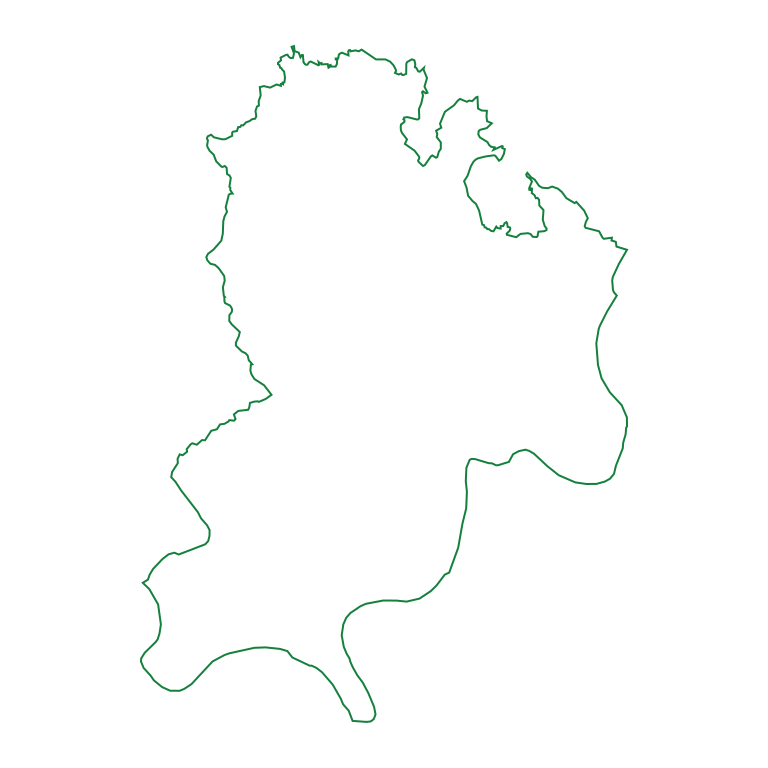 Narayanganj, Dhaka, Bangladesh (Natural Earth projection)
{"feature_id": "16705992B28796010313895", "entity_name": "Narayanganj", "entity_type": "district", "adm_level": 2, "iso_a3": "BGD", "parent_name": "Bangladesh", "parent_adm1": "Dhaka", "projection": "natural_earth1", "projection_center": [90.594, 23.715], "detail": "fine", "context": "isolated", "style": "outline", "palette": "green", "viewbox_px": 768, "rotation_deg": 0, "n_neighbors": 0, "source": "geoboundaries", "source_scale": "gbopen_adm2", "svg_char_len": 6025}
<svg xmlns="http://www.w3.org/2000/svg" viewBox="0 0 768 768"><path d="M616.8,295.6L614.0,292.4L613.0,290.0L612.2,280.6L612.8,277.0L618.9,263.9L627.0,249.8L616.5,246.6L615.8,241.8L611.5,240.5L611.9,237.7L603.8,238.8L602.4,237.5L599.1,231.3L585.6,227.8L584.7,226.3L585.9,221.8L587.8,218.2L584.2,210.7L576.3,201.9L574.6,203.1L566.3,198.1L562.0,192.1L557.8,188.6L552.1,186.6L547.9,188.2L542.1,187.7L539.0,185.8L534.7,179.6L531.2,177.4L527.3,172.8L526.2,174.5L526.9,176.4L530.0,178.7L532.0,181.4L529.2,188.1L529.3,189.8L530.4,190.0L531.2,188.4L532.0,188.6L531.8,193.1L534.5,195.1L535.8,198.2L537.5,197.9L539.1,199.8L539.3,205.5L543.5,210.1L542.8,219.7L544.7,226.1L546.6,228.5L546.5,230.1L544.2,231.2L538.4,231.7L537.5,236.3L536.8,237.0L532.8,236.8L530.5,234.0L527.9,233.2L520.5,233.9L516.2,237.2L506.9,234.8L506.7,233.6L509.8,230.6L510.3,228.5L509.9,227.4L507.7,227.0L507.1,223.2L506.4,222.1L504.5,223.4L503.3,226.0L500.7,226.1L500.6,228.6L497.4,228.0L496.3,226.6L493.5,231.3L491.1,230.9L488.9,229.1L487.2,229.1L486.3,227.7L484.6,227.3L484.1,225.2L482.3,224.6L479.1,210.6L476.0,203.9L472.5,201.0L468.1,195.7L466.5,187.4L464.1,181.2L467.5,175.9L470.9,166.2L473.5,161.7L475.4,159.8L477.8,158.4L485.3,156.5L493.7,155.3L495.4,155.8L499.0,160.7L501.4,159.0L503.9,153.9L504.8,149.1L502.3,148.1L502.7,146.4L502.0,146.0L493.4,149.9L494.7,147.4L491.2,146.8L489.1,145.0L487.5,142.1L479.8,137.3L478.3,134.3L478.7,131.0L480.2,129.8L486.7,128.1L491.8,123.3L487.1,121.2L486.5,116.7L486.9,110.8L481.6,110.5L478.0,108.5L477.5,96.9L476.1,97.3L472.3,101.1L469.2,100.6L466.8,101.8L460.0,98.9L457.6,100.8L454.1,105.2L444.9,111.8L440.0,123.7L441.3,127.7L436.1,130.7L437.3,134.1L436.7,137.0L440.8,142.4L440.8,148.8L438.8,151.8L437.2,157.2L436.0,157.7L432.3,155.4L430.8,156.5L424.8,165.1L423.0,166.0L418.5,161.7L418.1,160.5L419.3,158.3L419.2,156.8L414.6,150.7L404.9,143.9L407.0,139.4L402.0,132.9L400.9,130.2L400.7,126.8L401.0,124.5L404.4,121.9L404.5,120.1L403.4,119.3L404.1,117.6L407.4,117.1L416.9,119.5L418.4,119.3L419.3,118.0L418.9,109.2L421.3,103.4L423.0,95.7L422.1,92.1L423.0,91.3L425.7,93.3L427.5,92.7L424.5,86.7L427.0,78.0L423.5,69.5L423.9,67.8L419.8,71.7L418.2,71.4L416.2,67.7L414.9,67.2L415.3,64.1L414.4,60.3L412.0,59.3L407.0,62.1L406.3,63.9L406.2,73.8L403.3,75.1L402.2,74.9L401.1,73.5L398.7,74.5L395.0,72.9L396.0,71.0L395.7,69.4L393.5,65.3L390.2,61.7L385.5,59.4L376.0,59.4L361.6,49.6L358.7,51.3L355.6,50.4L350.6,51.3L350.1,50.1L349.0,50.2L348.2,51.4L348.5,55.4L342.0,52.7L340.6,53.2L338.9,54.5L338.2,58.4L335.7,58.5L335.7,59.4L337.2,60.1L336.9,64.0L335.6,66.6L331.0,66.5L330.6,64.9L329.9,65.1L329.9,66.8L328.5,67.7L327.7,64.1L321.6,64.4L321.5,63.0L320.2,63.4L318.6,62.0L319.2,64.7L318.5,65.3L310.7,61.5L309.1,62.2L307.4,64.7L306.3,64.8L305.0,64.2L303.5,62.2L302.9,55.1L301.9,55.0L300.5,57.3L298.7,52.6L294.6,51.2L294.0,46.1L291.6,46.8L294.0,53.3L293.0,57.8L290.7,58.1L288.8,56.8L287.5,54.7L286.0,54.9L280.6,57.6L281.0,60.4L278.0,62.8L278.0,64.2L279.4,65.1L280.2,67.8L281.6,68.3L282.0,69.5L284.1,71.5L285.0,77.6L284.4,82.4L282.9,82.5L283.0,84.2L281.8,83.5L280.8,84.0L280.9,85.8L276.6,84.5L270.1,87.6L263.9,86.1L259.8,87.1L260.7,95.4L258.7,101.1L258.9,105.6L257.0,106.5L255.5,110.9L256.3,116.4L255.1,118.7L252.1,119.2L249.5,121.1L246.1,122.3L243.2,125.4L241.4,125.2L240.3,126.9L238.2,127.1L236.9,131.1L233.2,131.6L232.2,132.5L232.2,135.8L225.4,139.2L222.0,139.3L213.9,137.3L211.1,134.7L207.7,136.4L206.9,138.4L207.9,140.4L207.1,145.5L207.6,147.3L209.7,150.9L213.6,154.6L216.2,161.3L221.2,166.5L222.4,167.0L224.8,166.0L226.6,167.7L227.1,174.1L229.5,175.5L230.8,177.9L229.4,186.8L230.3,187.7L230.2,189.9L232.6,193.6L230.4,193.7L228.8,194.7L226.1,205.7L225.7,207.3L227.0,211.8L224.5,216.5L223.3,221.1L222.8,233.7L221.3,240.7L213.5,249.6L208.0,253.8L206.3,257.1L207.4,260.4L210.3,263.7L215.0,264.9L218.7,268.2L224.2,276.0L224.7,280.7L222.9,287.1L223.8,295.9L225.0,297.1L224.3,297.6L224.5,301.6L225.1,303.1L230.1,305.6L231.8,308.4L232.1,310.2L231.7,312.1L229.4,315.1L229.3,321.0L231.8,324.4L239.8,332.0L238.8,336.3L235.9,342.6L235.9,345.6L241.9,351.5L245.5,353.2L247.7,355.6L248.8,360.3L252.3,364.3L250.9,364.6L250.4,370.7L251.5,374.4L254.4,379.0L264.1,385.3L271.5,394.8L265.6,399.0L258.8,401.9L257.7,401.3L254.3,401.6L250.0,402.9L249.2,407.7L248.1,409.8L238.3,410.9L233.9,414.4L235.5,419.1L234.0,420.7L229.3,420.1L228.6,421.4L224.5,423.8L220.0,424.4L217.0,429.2L211.2,430.8L205.0,440.3L202.0,440.1L196.8,444.7L192.3,443.3L190.6,444.4L186.7,449.2L187.1,451.7L182.7,455.2L179.7,454.4L177.6,458.7L177.8,463.2L172.1,472.0L171.2,477.2L175.4,481.7L181.3,490.7L197.9,512.2L201.0,518.3L207.1,525.3L209.6,530.1L209.5,535.9L208.2,541.1L205.2,544.3L178.7,554.5L174.4,552.7L168.6,554.3L162.4,559.1L153.1,568.9L149.6,574.8L148.0,579.6L142.8,582.8L149.3,589.1L158.1,604.4L160.9,624.4L159.5,633.5L157.7,639.3L155.5,642.2L144.7,652.8L141.2,658.4L141.0,661.5L143.6,667.9L150.7,675.7L153.8,680.3L162.0,687.0L170.1,690.7L179.5,690.8L184.0,689.0L191.4,684.2L212.6,661.4L224.6,655.0L229.4,653.3L254.4,647.8L265.6,647.4L280.0,648.9L287.4,651.1L292.4,657.5L309.7,665.7L311.7,665.7L316.4,667.9L322.1,672.3L332.7,684.6L340.8,698.7L343.1,704.3L348.7,710.7L352.6,720.9L366.5,721.9L370.4,721.5L372.1,720.5L373.9,718.8L375.5,714.4L374.1,706.9L368.2,692.8L362.7,682.5L357.4,675.4L353.0,667.7L350.5,662.2L349.4,658.2L346.8,654.0L343.8,646.9L341.7,635.3L343.3,624.5L346.2,617.8L350.4,613.0L360.5,606.2L365.9,603.8L383.3,600.5L396.5,600.6L406.6,601.6L419.5,598.6L430.9,591.0L436.6,585.4L444.8,574.6L449.2,572.6L458.2,547.7L462.5,523.4L466.2,508.4L466.9,491.8L465.8,481.1L466.4,467.8L469.7,459.8L471.7,458.9L475.2,459.1L488.8,463.2L491.8,463.3L496.2,465.3L498.2,465.2L508.9,461.9L513.1,454.2L518.9,451.1L525.5,449.7L529.2,450.9L534.0,453.7L547.4,466.2L558.7,475.2L575.3,482.4L586.4,484.0L596.5,483.9L604.8,481.6L610.0,478.7L614.0,473.9L615.9,465.8L622.8,448.2L623.2,442.7L625.6,434.4L626.2,427.7L627.0,426.4L626.9,417.4L621.7,405.2L609.9,392.4L601.6,378.4L598.0,365.0L596.3,343.3L598.7,329.0L599.8,325.9L607.2,311.3L616.8,295.6Z" fill="none" stroke="#15803d" stroke-width="2"/></svg>